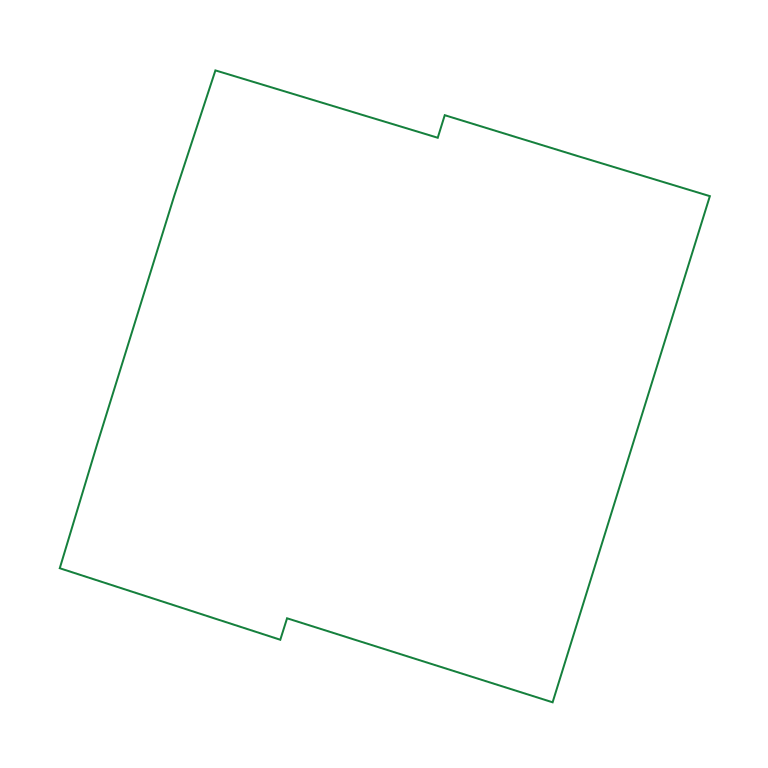 the district of Midland, Michigan, United States of America, rotated 197°
{"feature_id": "52423323B20736301303757", "entity_name": "Midland", "entity_type": "district", "adm_level": 2, "iso_a3": "USA", "parent_name": "United States of America", "parent_adm1": "Michigan", "projection": "equal_earth", "projection_center": [-84.371, 43.647], "detail": "fine", "context": "isolated", "style": "outline", "palette": "green", "viewbox_px": 768, "rotation_deg": 197, "n_neighbors": 0, "source": "geoboundaries", "source_scale": "gbopen_adm2", "svg_char_len": 310}
<svg xmlns="http://www.w3.org/2000/svg" viewBox="0 0 768 768"><g transform="rotate(197 384 384)"><path d="M127.3,658.9L265.9,658.6L404.5,658.8L404.6,635.2L636.9,634.6L639.6,502.6L640.7,242.5L640.2,113.0L408.4,109.1L408.2,131.6L129.7,128.9L127.3,658.9Z" fill="none" stroke="#15803d" stroke-width="2"/></g></svg>